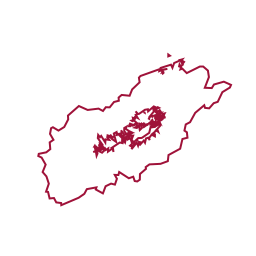 Chepo, Panama, rotated 138°
{"feature_id": "35544464B69999703107277", "entity_name": "Chepo", "entity_type": "district", "adm_level": 2, "iso_a3": "PAN", "parent_name": "Panama", "parent_adm1": "", "projection": "orthographic", "projection_center": [-78.725, 9.102], "detail": "fine", "context": "isolated", "style": "outline", "palette": "rose", "viewbox_px": 256, "rotation_deg": 138, "n_neighbors": 0, "source": "geoboundaries", "source_scale": "gbopen_adm2", "svg_char_len": 6025}
<svg xmlns="http://www.w3.org/2000/svg" viewBox="0 0 256 256"><g transform="rotate(138 128 128)"><path d="M221.0,146.6L224.1,139.6L231.5,135.5L230.2,134.0L233.4,128.1L229.9,125.5L231.1,120.7L227.9,117.0L229.2,115.3L211.4,109.2L204.5,108.3L199.5,110.1L191.2,105.0L193.1,103.9L190.4,96.2L183.6,99.7L177.8,98.0L175.6,94.7L170.2,97.7L169.2,102.0L166.6,99.5L164.0,101.2L161.0,90.1L156.7,88.3L158.5,84.1L156.9,82.1L153.8,81.7L149.9,85.8L142.0,85.6L141.0,87.1L136.4,86.6L127.8,79.6L120.6,76.7L116.0,80.8L103.1,77.7L94.9,83.4L90.3,81.0L87.1,85.4L87.8,88.3L82.7,92.0L78.0,90.8L67.9,94.3L56.1,93.9L57.3,91.4L54.5,88.3L47.7,89.1L43.8,87.4L33.9,91.5L25.2,89.9L22.6,91.1L25.8,98.3L35.0,102.8L39.0,101.6L44.0,106.5L33.8,111.7L30.2,117.2L31.0,123.4L33.5,125.6L47.6,129.5L47.9,135.7L49.8,136.5L47.8,137.6L48.8,139.6L47.2,140.7L47.7,138.9L44.9,138.4L44.0,142.5L43.8,139.3L42.1,139.6L43.1,143.2L42.3,142.6L41.7,142.7L45.0,144.3L43.6,143.2L50.2,145.4L54.7,143.0L53.7,146.3L63.5,150.8L64.8,149.2L59.2,145.6L64.0,148.3L64.2,146.8L65.1,146.5L64.8,146.4L64.4,145.6L65.0,145.1L65.7,145.2L64.3,148.4L66.6,149.3L64.7,150.4L83.9,158.3L86.2,158.1L88.8,154.2L99.1,153.9L105.2,150.9L110.6,156.8L114.6,156.9L116.6,154.4L121.0,156.7L127.8,155.6L130.6,158.3L135.2,157.4L136.9,162.1L145.9,168.4L149.8,177.2L164.3,177.4L166.7,174.4L174.7,171.4L181.4,172.6L183.3,178.8L185.3,179.3L189.9,175.8L191.3,169.1L195.8,169.7L199.9,164.3L205.0,164.6L211.6,168.5L213.4,167.2L212.0,163.8L213.7,155.9L220.9,152.4L221.0,146.6ZM111.5,131.8L111.2,135.3L111.2,131.7L110.2,131.1L103.2,130.2L100.7,128.6L101.9,126.9L94.4,126.8L93.4,124.5L94.2,123.7L92.0,123.6L91.5,122.3L94.4,123.4L95.7,125.5L97.0,124.6L97.2,123.4L95.5,124.2L94.9,121.8L95.7,120.1L92.5,120.1L93.1,115.5L91.0,114.3L92.9,113.6L94.1,115.4L93.3,113.1L94.0,112.9L93.7,112.3L94.1,112.2L93.5,111.5L93.7,111.2L95.3,111.9L94.5,115.7L96.5,111.4L98.4,111.7L98.2,114.7L99.9,112.8L101.1,113.8L100.3,112.0L101.0,109.8L101.8,113.5L102.5,110.4L104.7,111.7L102.6,114.3L104.8,113.1L104.7,113.8L105.2,113.7L104.8,114.0L105.2,114.2L105.2,115.4L105.7,116.3L104.7,117.0L104.5,117.8L105.8,117.6L106.9,111.0L102.3,109.8L102.7,108.1L108.2,107.6L107.4,106.7L108.1,105.0L108.5,107.1L113.5,107.3L112.2,105.3L113.6,103.8L114.9,107.2L118.9,106.5L120.0,104.5L119.5,107.3L121.6,108.2L125.2,105.7L124.7,108.1L131.2,107.4L128.7,108.1L128.1,108.9L129.1,110.2L132.4,108.1L131.3,111.2L139.5,109.9L135.8,112.0L137.6,111.4L138.3,113.5L135.3,113.6L133.7,117.5L131.9,118.3L136.2,119.8L136.7,122.9L137.8,120.7L139.9,119.2L139.6,122.1L142.1,120.3L143.8,122.7L153.1,124.1L152.6,123.2L154.8,119.9L153.1,123.2L158.7,123.8L156.3,126.1L159.2,126.5L158.4,129.4L160.0,127.2L163.8,127.0L166.2,133.1L167.8,129.4L169.9,128.4L167.5,132.2L169.9,133.4L167.3,132.6L165.7,135.8L165.7,134.3L164.9,133.2L164.9,132.4L164.7,132.2L164.3,136.4L163.8,132.2L162.5,132.9L161.7,132.0L161.0,134.5L160.3,135.1L160.9,133.9L159.2,133.5L160.2,132.5L158.8,132.3L158.2,132.5L157.2,140.7L154.8,142.8L155.0,139.9L153.2,140.1L154.6,132.4L152.3,134.6L149.9,131.7L149.6,134.6L147.5,133.4L148.7,135.7L148.1,136.2L146.8,133.9L145.0,134.4L146.8,133.2L145.6,132.1L148.1,131.6L145.5,131.2L147.2,130.2L146.1,125.7L142.2,133.4L139.3,132.7L141.8,129.7L139.5,131.2L139.1,124.3L141.7,121.6L139.8,122.5L137.7,122.0L137.6,123.9L138.8,123.1L139.5,123.5L137.1,124.8L137.7,129.2L135.7,128.4L134.7,130.9L135.3,125.2L133.3,124.4L132.8,128.3L130.8,130.5L128.3,130.0L130.3,128.9L129.3,125.2L130.9,124.3L129.0,124.4L127.9,121.7L130.5,123.2L129.8,121.7L136.1,122.9L133.7,121.4L134.6,120.2L132.1,120.9L129.3,118.9L133.1,117.0L133.3,113.6L127.1,113.6L124.4,111.4L115.5,110.2L110.3,113.8L107.2,111.9L108.7,114.0L106.3,115.3L109.0,115.8L108.2,117.3L116.6,118.2L113.7,119.1L113.5,120.7L113.3,120.9L115.1,120.3L116.3,121.0L115.8,121.5L116.3,122.0L117.8,118.7L120.6,118.6L118.1,122.7L121.4,122.1L122.6,123.7L118.8,122.8L119.9,125.4L122.9,126.5L124.6,128.4L125.2,127.9L126.1,128.7L123.6,129.9L121.9,126.5L118.1,126.2L118.5,130.0L119.9,129.9L120.2,130.2L120.4,131.1L118.8,130.3L117.6,132.3L116.1,129.4L116.7,131.3L115.1,131.6L114.1,128.9L113.4,132.6L111.5,131.8ZM164.8,136.0L165.5,136.7L164.5,137.0L164.8,136.0ZM160.8,134.1L160.7,134.1L159.9,134.0L160.8,133.9L160.8,134.1ZM159.7,134.7L159.5,135.0L159.3,134.3L159.7,134.7ZM96.7,118.1L96.7,123.2L105.7,121.7L102.2,121.1L102.5,119.1L102.0,120.6L96.7,118.1ZM97.0,113.0L95.8,115.5L97.0,114.9L96.6,116.9L93.4,117.1L94.8,117.9L95.3,117.2L97.2,117.9L98.2,117.1L99.2,117.5L97.0,113.0ZM162.1,129.8L159.2,130.4L159.1,131.0L162.2,131.0L162.8,132.2L163.3,131.5L162.1,130.5L162.1,129.8ZM135.5,112.1L132.9,111.6L132.8,112.1L135.5,112.1ZM50.1,154.3L48.5,153.7L48.9,155.6L50.1,154.3ZM165.0,130.2L162.3,129.8L164.7,131.3L165.0,130.2ZM115.7,121.6L114.6,121.1L114.9,122.1L115.7,121.6ZM130.1,112.9L129.4,112.3L129.2,112.8L130.1,112.9ZM107.9,117.4L107.4,116.1L106.9,117.3L107.9,117.4ZM108.3,111.5L107.4,110.9L107.0,111.4L108.3,111.5ZM118.5,125.8L118.1,124.6L118.0,125.2L118.5,125.8ZM101.1,116.7L100.2,116.9L100.8,117.2L101.1,116.7ZM113.4,120.5L112.6,119.7L113.1,120.7L113.4,120.5ZM105.1,114.5L104.3,114.7L104.8,115.2L105.1,114.5ZM105.5,128.6L105.4,128.3L105.0,129.0L105.5,128.6ZM117.1,123.3L116.3,123.1L116.6,123.7L117.1,123.3ZM99.1,118.2L98.3,117.8L98.6,118.4L99.1,118.2ZM113.5,118.3L112.7,117.9L113.0,118.8L113.5,118.3ZM106.1,120.6L105.7,121.0L106.2,120.9L106.1,120.6ZM160.8,128.4L160.8,127.9L160.2,128.4L160.8,128.4ZM99.8,117.7L99.6,116.9L99.2,117.6L99.8,117.7ZM131.9,122.7L132.1,122.2L131.7,122.1L131.9,122.7ZM100.8,115.0L100.0,114.8L100.1,115.2L100.8,115.0ZM101.2,117.2L101.8,116.5L101.3,116.7L101.2,117.2ZM94.5,118.4L94.6,118.1L94.4,117.9L94.5,118.4ZM99.7,116.0L99.4,115.6L99.0,116.1L99.7,116.0ZM119.1,124.5L118.2,124.3L118.7,124.5L119.1,124.5ZM99.6,114.8L100.0,114.2L99.3,114.6L99.6,114.8ZM161.0,131.7L160.4,131.5L161.0,132.3L161.0,131.7ZM95.6,118.8L96.1,118.1L95.8,118.0L95.6,118.8ZM100.0,115.9L99.5,115.1L99.3,115.5L100.0,115.9ZM112.2,118.5L112.1,118.0L111.4,118.1L112.2,118.5ZM164.2,131.8L164.5,131.7L164.3,131.4L164.2,131.8Z" fill="none" stroke="#9f1239" stroke-width="2"/></g></svg>